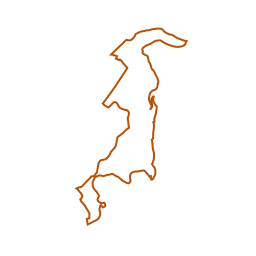 Sibiu, Sibiu, Romania, rotated 201°
{"feature_id": "2599482B4700394891348", "entity_name": "Sibiu", "entity_type": "district", "adm_level": 2, "iso_a3": "ROU", "parent_name": "Romania", "parent_adm1": "Sibiu", "projection": "mercator", "projection_center": [23.934, 45.655], "detail": "fine", "context": "isolated", "style": "outline", "palette": "amber", "viewbox_px": 256, "rotation_deg": 201, "n_neighbors": 0, "source": "geoboundaries", "source_scale": "gbopen_adm2", "svg_char_len": 5717}
<svg xmlns="http://www.w3.org/2000/svg" viewBox="0 0 256 256"><g transform="rotate(201 128 128)"><path d="M140.1,61.1L140.2,61.6L140.6,62.4L141.1,63.5L141.3,63.9L141.5,64.7L141.5,65.5L141.5,66.8L141.4,67.5L141.3,69.2L141.2,70.2L140.7,70.8L139.5,71.9L138.3,73.0L137.4,73.6L136.2,74.0L135.3,74.0L134.2,74.0L133.1,74.7L132.2,75.5L130.6,76.7L128.2,78.1L127.1,79.1L126.8,79.3L125.8,79.5L125.1,79.5L124.3,79.3L123.0,79.0L120.5,78.8L118.7,78.5L116.8,77.8L115.8,77.4L113.9,76.8L110.6,76.4L109.0,76.3L107.4,76.6L107.1,77.1L106.7,79.1L106.8,79.9L107.2,80.5L108.2,82.1L108.5,82.8L109.0,84.6L109.1,85.6L109.0,86.3L108.8,86.8L108.5,87.5L108.2,87.9L106.3,89.7L103.6,90.8L101.9,91.8L100.4,92.8L98.0,94.1L97.4,94.0L93.7,92.3L90.2,90.2L89.4,91.2L88.8,90.0L88.5,88.7L88.0,88.3L87.7,88.2L87.4,88.2L87.2,88.3L86.8,88.8L86.6,89.4L86.4,89.8L86.3,90.7L85.9,94.1L86.0,94.5L86.1,95.2L86.4,96.1L86.8,96.9L87.3,98.1L87.7,99.0L89.0,100.5L89.5,100.9L90.0,101.2L92.2,102.4L92.7,102.9L92.5,103.6L92.6,107.1L92.9,108.8L93.7,111.1L94.9,114.4L95.7,115.1L96.8,116.7L97.4,117.5L98.3,119.4L99.8,122.6L101.6,125.8L100.9,126.6L100.9,127.3L102.4,131.6L103.0,133.5L103.2,134.9L104.3,138.7L105.5,141.4L106.5,142.6L105.5,143.4L105.9,144.0L106.2,144.8L106.7,145.9L107.0,148.2L107.0,150.3L107.1,151.3L107.7,153.8L107.9,155.2L108.2,156.1L108.5,157.4L108.6,157.7L109.0,158.4L111.2,159.7L112.6,160.8L113.5,161.6L114.8,163.5L115.1,164.5L115.2,165.3L115.2,165.8L115.0,166.1L115.0,166.4L115.2,166.6L115.6,166.6L115.8,166.5L116.2,165.7L116.4,164.2L116.4,163.3L115.9,161.4L113.6,158.1L113.3,157.3L113.2,156.6L113.2,155.2L113.4,154.3L113.6,153.9L113.8,153.8L114.0,153.9L113.9,154.2L113.5,155.3L113.6,156.1L113.9,156.9L114.3,157.5L115.4,158.6L116.6,159.7L118.2,161.7L118.8,162.6L119.5,164.8L119.9,168.5L119.1,170.7L117.7,172.6L116.7,173.1L115.9,174.1L115.5,175.3L115.3,176.5L115.8,178.7L116.0,180.7L116.2,182.2L116.8,183.1L118.2,184.8L119.5,186.1L120.9,187.2L123.1,189.4L124.7,190.7L125.4,191.1L125.8,191.2L126.2,191.3L126.6,191.5L127.2,191.9L128.3,193.3L128.9,194.3L130.4,196.0L132.1,197.2L133.0,198.3L134.0,199.9L134.6,201.1L135.2,201.8L135.8,202.2L136.4,202.4L137.6,202.3L138.9,202.5L140.6,202.8L141.3,203.3L141.5,203.7L141.5,204.5L141.8,205.1L142.2,205.7L142.5,206.0L142.9,206.7L143.0,207.1L142.8,207.9L141.9,209.6L140.1,212.0L138.3,213.6L137.5,214.2L136.6,215.2L135.5,216.9L134.1,218.6L133.2,219.4L132.0,220.1L130.1,221.1L129.0,221.4L127.8,221.2L126.1,220.8L124.3,220.5L122.3,220.3L118.5,220.2L113.4,220.7L110.4,221.6L108.7,222.5L106.8,223.7L105.3,225.2L104.8,225.9L104.6,226.9L104.7,228.6L104.5,229.7L104.4,230.1L105.9,229.9L106.3,229.8L107.2,229.7L108.9,229.7L110.4,229.7L111.9,229.6L114.8,229.7L115.9,229.9L118.7,230.6L119.6,230.6L120.2,230.6L123.5,230.3L124.4,230.3L126.2,230.5L126.7,230.5L127.4,230.6L128.1,230.8L129.5,231.4L130.4,232.0L132.0,232.5L132.9,232.4L134.0,232.1L134.7,231.9L135.9,231.5L139.1,229.8L140.3,229.1L142.3,227.7L144.0,226.5L145.9,225.6L147.9,224.2L149.8,223.1L151.9,221.4L154.2,218.7L154.5,218.2L154.6,217.3L154.7,216.0L154.7,215.5L155.3,213.9L156.1,212.1L156.7,211.2L157.0,210.9L159.2,209.9L160.5,209.8L161.0,209.8L161.3,209.3L161.6,208.5L162.4,207.0L162.9,205.5L163.8,203.9L164.9,201.7L166.8,197.8L169.7,191.3L170.1,190.5L168.8,190.8L167.5,190.9L166.9,190.9L166.1,191.1L165.4,191.2L164.5,191.1L163.9,191.1L163.9,190.4L164.1,188.4L163.7,188.4L161.9,188.4L160.4,188.3L160.4,188.5L160.4,188.8L159.7,188.8L159.1,188.7L158.9,188.6L158.5,188.5L158.1,188.4L157.3,187.9L156.8,187.4L156.2,187.0L152.9,185.2L151.4,184.5L150.5,184.1L150.1,183.7L155.1,161.0L157.5,151.6L160.3,141.9L159.8,141.5L158.7,141.0L158.1,140.8L157.3,140.7L156.6,140.5L155.5,140.3L154.7,140.1L154.1,140.1L153.6,140.2L153.2,140.6L151.8,144.0L151.2,145.5L150.7,146.6L150.4,147.1L149.7,147.4L149.0,147.6L147.9,147.4L147.4,147.3L146.4,146.6L145.7,146.1L144.7,145.2L144.0,144.6L143.5,144.3L142.7,144.0L141.7,143.7L140.9,143.7L139.6,143.7L138.0,143.8L136.8,144.0L135.4,144.2L135.1,144.2L134.9,144.2L133.5,143.4L132.8,142.8L132.4,142.1L132.1,141.1L131.9,139.7L131.9,138.9L131.7,137.1L131.5,136.5L130.4,134.6L129.8,133.6L129.0,132.0L128.4,130.6L127.6,129.4L127.2,129.0L127.1,128.6L127.9,127.5L129.0,125.9L129.4,125.0L130.5,122.4L131.1,121.2L132.4,119.1L134.1,116.3L134.4,115.5L134.4,114.7L134.3,113.5L133.8,111.4L133.4,109.8L133.2,108.6L133.2,106.1L133.2,105.2L133.4,104.5L134.2,102.7L135.3,99.6L135.4,98.6L135.4,97.3L135.9,95.0L136.4,93.3L137.1,91.8L137.4,91.2L137.7,90.9L138.0,90.6L140.8,88.8L141.6,88.3L142.0,87.8L142.4,86.9L142.7,86.1L142.8,85.3L142.8,84.1L142.3,82.0L141.9,79.4L141.2,76.2L141.1,75.4L141.4,74.4L142.0,72.8L142.4,71.2L142.8,70.6L144.6,69.8L145.2,69.4L145.3,68.2L145.5,67.4L146.0,66.6L147.5,63.3L148.5,60.5L149.2,59.3L149.5,58.1L150.0,57.0L150.8,56.2L151.7,55.4L152.8,54.6L154.4,53.1L153.1,52.6L150.6,51.3L149.1,50.6L147.7,49.6L146.7,48.7L146.2,48.1L146.2,45.5L146.3,45.4L146.7,45.1L147.0,44.7L146.9,44.3L146.6,43.9L145.7,43.0L145.4,42.7L144.9,42.4L143.5,41.8L142.7,41.3L140.3,40.0L139.1,38.9L137.7,37.9L134.8,35.7L133.9,34.7L133.3,34.1L133.1,33.6L131.7,29.8L133.9,28.5L131.3,23.9L131.0,23.5L129.1,25.6L128.6,26.1L128.2,26.7L126.4,28.6L124.6,30.5L124.3,31.0L123.7,31.7L123.5,32.0L123.3,32.7L122.9,33.9L122.8,35.1L122.8,36.3L123.0,37.7L123.5,38.8L124.2,39.9L125.2,41.4L125.5,41.8L125.7,42.4L125.8,43.1L125.9,44.1L125.9,45.5L125.4,46.2L124.8,45.7L123.8,45.2L122.8,44.9L122.5,45.3L121.4,46.7L121.3,46.9L121.3,47.2L121.5,47.7L122.0,48.5L122.5,49.0L123.0,49.4L123.1,49.5L123.3,49.6L123.6,49.6L125.4,48.6L125.9,48.3L126.3,48.0L128.8,48.7L130.2,49.4L130.7,50.1L130.9,50.6L130.9,50.9L130.9,51.6L130.9,52.6L130.7,53.1L130.8,54.3L131.0,54.6L131.8,55.2L134.6,57.3L136.5,58.2L138.6,59.5L139.3,60.2L139.7,60.6L140.1,61.1Z" fill="none" stroke="#b45309" stroke-width="2"/></g></svg>